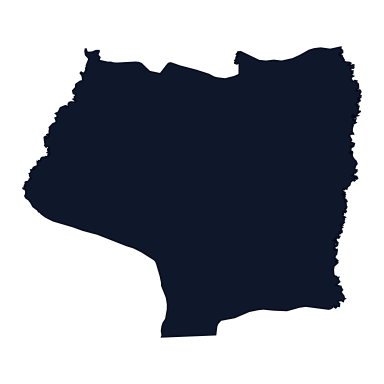 Prang Ku, Si Sa Ket, Thailand (Mercator projection)
{"feature_id": "78962969B23076564972122", "entity_name": "Prang Ku", "entity_type": "district", "adm_level": 2, "iso_a3": "THA", "parent_name": "Thailand", "parent_adm1": "Si Sa Ket", "projection": "mercator", "projection_center": [104.074, 14.846], "detail": "fine", "context": "isolated", "style": "filled", "palette": "ink", "viewbox_px": 384, "rotation_deg": 0, "n_neighbors": 0, "source": "geoboundaries", "source_scale": "gbopen_adm2", "svg_char_len": 5833}
<svg xmlns="http://www.w3.org/2000/svg" viewBox="0 0 384 384"><path d="M99.9,57.4L98.2,55.6L97.8,54.3L99.1,51.6L99.0,50.6L96.0,50.6L92.4,52.1L88.7,52.5L87.3,52.1L86.6,51.1L86.2,49.1L85.4,49.1L85.0,51.1L85.6,54.9L88.7,58.3L88.8,59.4L86.4,65.5L86.5,68.0L85.7,68.1L85.8,69.1L86.6,69.6L86.5,70.0L85.7,70.2L84.3,73.3L81.6,72.7L81.1,72.1L80.3,73.1L82.2,75.8L82.8,80.3L81.9,81.1L80.3,81.2L76.1,84.1L75.7,85.0L75.8,87.3L72.7,90.7L73.4,93.6L75.2,94.1L75.8,94.8L75.7,95.7L74.3,96.8L74.8,98.7L73.2,99.2L74.8,100.4L75.7,100.5L75.7,101.0L74.4,102.3L71.4,101.9L69.2,102.4L68.3,103.8L68.2,106.6L65.8,107.0L66.0,105.8L65.4,105.7L60.4,107.8L58.4,112.1L55.5,113.5L57.2,114.9L57.1,115.9L57.8,116.8L55.1,118.0L56.5,121.6L54.8,123.1L52.9,123.7L49.3,127.5L49.7,128.4L49.2,131.6L49.6,133.7L46.9,134.6L47.3,135.8L48.5,135.7L48.6,136.9L46.7,138.0L46.1,136.5L45.4,136.4L44.2,137.4L44.9,143.1L45.4,143.9L44.7,145.4L46.1,147.1L47.2,146.0L48.2,146.4L49.6,149.4L48.8,150.1L48.2,148.8L47.7,149.0L47.7,150.2L48.8,151.2L47.3,152.6L49.8,153.5L49.9,153.9L47.9,155.0L48.6,155.9L48.0,156.6L45.3,156.7L44.3,157.7L43.1,157.2L41.8,157.6L41.0,158.5L40.3,161.0L38.6,160.6L38.0,161.7L37.2,161.5L37.6,165.6L33.5,167.4L34.7,168.8L33.6,169.2L33.6,168.6L33.0,168.6L31.6,170.0L30.8,169.9L31.2,172.0L30.3,173.3L29.3,173.6L29.9,174.6L29.6,175.7L31.0,178.5L29.4,179.0L29.0,180.4L27.7,181.7L26.2,181.7L25.2,182.3L25.4,183.9L24.8,184.9L25.6,185.7L24.2,186.2L24.4,187.8L23.0,188.2L23.4,188.9L24.7,189.2L25.8,190.7L25.8,194.2L24.9,195.7L25.1,196.6L26.1,198.1L28.6,199.7L30.8,202.5L33.0,206.6L37.8,210.2L38.6,211.8L40.1,212.2L41.4,213.9L45.8,217.1L53.2,220.8L73.3,226.7L82.9,230.2L97.6,234.1L126.6,245.5L133.7,247.7L141.5,251.6L154.6,259.9L156.0,261.8L157.0,264.5L160.3,275.8L161.7,282.4L161.8,285.7L166.5,297.5L167.6,304.4L167.5,309.5L165.8,319.1L163.2,323.0L162.1,326.6L161.5,330.8L162.2,335.1L161.6,336.9L215.6,334.7L216.6,326.3L217.7,323.6L220.8,320.1L234.6,317.5L249.1,311.3L258.5,309.4L263.5,308.9L273.2,309.9L286.9,310.5L299.4,307.0L305.7,306.1L328.6,309.1L330.1,308.8L332.7,307.4L332.7,306.6L334.0,305.5L334.5,305.7L334.6,307.3L335.5,307.9L336.3,307.5L336.7,306.1L339.3,306.4L339.6,303.6L337.9,302.3L338.3,300.9L341.2,300.5L343.3,301.5L343.8,299.4L345.0,298.7L344.4,298.5L343.7,295.9L341.6,293.1L340.5,292.6L342.5,289.8L341.4,288.3L340.9,286.4L335.9,285.2L339.7,281.8L337.9,278.8L338.6,277.5L337.4,277.7L336.5,276.5L334.7,276.0L333.7,274.6L333.3,269.6L333.9,266.2L337.7,262.8L336.2,261.9L335.1,261.9L335.2,261.0L336.8,260.6L337.5,261.3L337.9,260.9L334.4,257.5L335.1,256.7L334.9,255.4L336.4,254.6L337.0,251.6L336.1,250.5L337.2,250.2L337.0,249.4L335.8,250.0L335.1,248.8L334.4,249.8L333.9,249.6L334.0,247.5L337.3,245.5L337.7,244.0L337.3,243.8L336.7,245.0L335.7,245.4L334.1,244.1L335.1,243.0L337.6,243.1L337.9,242.6L336.7,241.5L335.8,239.5L335.3,239.8L336.0,240.7L335.4,241.7L335.0,240.6L333.2,240.3L334.6,239.0L336.2,238.6L336.1,237.4L338.1,238.1L339.0,237.9L339.7,236.5L339.0,236.5L338.2,234.9L338.9,234.0L341.1,233.3L339.6,233.0L339.4,231.8L341.6,232.5L342.1,232.1L341.9,230.3L341.0,229.8L341.3,227.9L342.5,227.4L340.4,225.3L342.7,225.1L342.2,224.5L342.4,223.4L343.1,223.5L344.4,222.3L343.7,221.5L344.4,219.4L343.3,217.7L344.8,217.7L345.3,217.3L343.3,216.3L342.5,215.0L343.5,214.3L342.9,212.8L343.2,211.8L345.2,212.6L346.3,211.4L344.9,208.9L346.2,208.4L346.8,206.8L346.1,205.9L346.1,203.9L344.8,202.4L345.7,202.4L347.0,201.4L345.8,199.5L345.2,200.1L344.7,200.0L344.5,198.4L343.7,197.6L345.0,196.8L344.4,196.0L345.2,194.7L342.4,194.3L342.9,193.8L344.8,193.9L345.0,192.6L343.0,191.4L342.7,190.6L343.7,188.5L344.5,189.5L345.6,188.5L346.8,189.1L347.3,187.1L349.8,185.0L350.3,182.4L352.2,180.6L352.8,180.3L354.4,180.9L355.1,180.3L354.1,177.5L354.9,177.3L356.7,179.1L357.6,178.3L356.6,176.4L352.4,175.5L353.5,174.6L354.1,172.7L355.2,173.0L356.8,171.4L356.9,169.9L355.4,170.0L354.6,168.8L355.6,165.5L357.0,163.8L355.9,161.0L354.4,159.7L352.5,156.9L352.0,154.8L352.6,152.9L352.3,151.6L351.8,151.5L350.8,153.4L349.4,153.1L350.4,151.8L350.9,150.2L350.7,148.9L351.3,147.4L352.7,146.8L351.2,146.2L353.9,145.5L354.4,143.5L350.7,142.2L350.6,141.1L351.6,140.1L350.0,136.9L349.1,136.0L350.0,134.7L351.9,133.9L353.5,134.1L353.3,133.2L352.1,132.3L352.2,128.4L353.1,125.4L352.1,124.7L356.0,122.6L355.0,122.0L355.4,119.7L354.1,120.3L353.1,120.0L354.0,118.6L353.0,116.4L351.8,116.8L351.9,116.0L353.2,115.1L353.6,116.2L355.8,117.9L355.5,116.2L358.0,115.6L356.9,115.0L356.9,113.9L360.2,111.6L360.0,111.1L358.7,111.3L357.8,110.6L358.9,106.2L357.6,106.0L357.7,104.5L356.9,105.1L356.0,104.0L357.0,102.7L358.6,102.0L358.5,100.7L359.4,101.2L360.1,100.8L359.3,98.9L358.2,99.0L357.8,98.3L360.6,97.6L361.0,95.7L359.2,94.8L360.9,91.8L360.1,90.2L359.3,89.9L356.5,90.9L356.6,89.3L358.5,88.1L358.3,84.0L356.2,82.2L356.8,81.0L354.8,80.5L353.9,81.4L352.5,81.1L350.9,78.5L351.4,77.3L353.4,76.1L352.0,75.6L351.6,73.9L351.7,73.2L352.7,73.4L352.9,70.9L350.9,71.4L351.0,70.2L350.3,68.8L350.6,68.2L353.5,68.1L353.9,67.2L353.5,65.9L353.9,65.1L353.1,64.8L351.0,65.6L348.4,65.1L350.8,63.6L350.8,63.0L349.5,62.4L345.6,62.1L343.9,61.1L344.1,59.8L342.6,59.3L343.4,58.3L342.3,56.9L342.1,55.8L340.7,56.4L341.0,54.5L340.6,54.4L339.9,55.4L339.1,54.8L340.1,52.7L341.2,53.2L342.6,52.6L342.5,50.4L340.8,49.1L340.9,47.1L330.3,49.4L320.6,48.1L314.1,48.9L309.1,50.4L300.6,55.2L292.8,58.8L281.7,61.3L273.9,60.4L266.0,61.3L259.0,60.6L240.6,51.7L237.8,52.0L237.5,52.9L238.7,53.7L236.7,53.8L236.3,54.3L238.0,56.0L238.1,56.6L237.6,56.9L236.8,56.2L236.0,57.5L235.9,60.2L234.8,60.4L235.5,61.7L234.7,62.6L234.8,63.2L236.9,64.0L238.1,62.8L239.3,63.6L239.2,74.5L234.5,76.6L225.2,79.0L217.0,78.0L213.8,77.1L208.7,74.4L196.2,70.4L180.1,66.2L171.0,63.0L169.5,63.0L168.0,63.9L160.3,73.8L149.6,71.6L141.4,63.7L138.8,62.6L135.5,62.3L117.0,63.3L113.5,63.1L110.7,62.3L107.8,62.4L98.7,60.4L99.9,57.4Z" fill="#0f172a" stroke="#020617" stroke-width="1.5"/></svg>